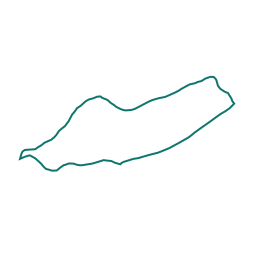 Oredo, Edo, Nigeria (Mercator projection), rotated 222°
{"feature_id": "59680162B51317919954642", "entity_name": "Oredo", "entity_type": "district", "adm_level": 2, "iso_a3": "NGA", "parent_name": "Nigeria", "parent_adm1": "Edo", "projection": "mercator", "projection_center": [5.573, 6.23], "detail": "fine", "context": "isolated", "style": "outline", "palette": "teal", "viewbox_px": 256, "rotation_deg": 222, "n_neighbors": 0, "source": "geoboundaries", "source_scale": "gbopen_adm2", "svg_char_len": 1602}
<svg xmlns="http://www.w3.org/2000/svg" viewBox="0 0 256 256"><g transform="rotate(222 128 128)"><path d="M187.6,32.8L185.7,37.0L183.9,40.2L182.6,42.0L179.6,42.7L176.5,43.4L174.8,43.4L172.9,43.4L172.6,43.4L170.3,43.4L169.9,43.4L169.2,43.4L164.9,42.8L161.6,42.7L157.9,44.6L156.5,45.1L155.0,46.3L152.5,48.8L151.8,53.6L151.5,54.6L151.3,55.5L150.9,57.4L149.6,59.3L148.4,61.8L144.8,65.0L141.7,66.3L138.7,68.2L137.3,69.6L136.8,70.1L130.7,77.7L129.5,79.6L124.6,87.8L121.0,90.3L118.5,92.2L114.3,93.5L109.4,95.9L109.4,97.9L108.2,100.5L103.3,108.7L100.2,112.5L94.8,121.3L92.3,125.1L89.3,129.5L86.8,134.5L83.8,140.8L82.0,145.9L80.2,150.9L76.5,162.2L75.3,169.8L74.1,175.4L71.1,188.6L69.9,194.3L68.7,199.9L66.9,205.6L65.7,210.6L65.4,217.2L68.5,217.8L70.9,219.1L75.2,220.3L77.0,220.9L80.7,219.6L85.6,218.9L89.3,219.5L94.2,222.6L96.0,223.2L98.5,223.2L100.9,221.3L103.6,216.5L104.8,212.1L106.2,210.0L107.3,208.3L107.9,206.5L111.3,201.7L112.6,198.2L114.4,193.1L115.6,188.7L117.4,184.3L121.1,176.1L125.3,170.4L128.4,165.4L130.2,161.6L133.4,152.9L135.8,146.6L137.7,143.5L141.3,139.7L143.2,138.4L146.2,137.1L151.1,135.8L152.9,135.8L157.8,135.1L162.1,135.1L167.6,133.1L169.5,133.1L171.9,130.6L173.7,126.8L176.2,123.0L177.4,119.3L178.0,113.0L178.5,111.0L179.2,108.6L178.6,104.8L178.5,100.4L176.7,93.5L176.1,87.3L176.7,84.1L177.3,79.7L176.6,74.7L176.6,71.6L176.7,71.0L177.1,68.8L177.2,67.8L178.4,65.3L179.2,63.4L180.3,60.9L180.6,58.4L180.8,57.5L180.9,57.1L181.0,56.6L182.1,53.3L182.7,50.2L185.6,47.2L190.0,42.6L190.3,41.2L190.6,40.1L190.0,37.6L188.7,35.1L187.6,32.8Z" fill="none" stroke="#0f766e" stroke-width="2"/></g></svg>